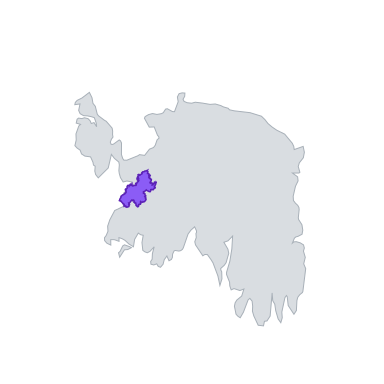 Ballymote-Tobercurry Lea-7, Sligo, Ireland shown in context, rotated 293°
{"feature_id": "5873133B63806445794843", "entity_name": "Ballymote-Tobercurry Lea-7", "entity_type": "district", "adm_level": 2, "iso_a3": "IRL", "parent_name": "Ireland", "parent_adm1": "Sligo", "projection": "albers", "projection_center": [-8.685, 54.105], "detail": "fine", "context": "in_parent", "style": "filled", "palette": "violet", "viewbox_px": 384, "rotation_deg": 293, "n_neighbors": 0, "source": "geoboundaries", "source_scale": "gbopen_adm2", "svg_char_len": 9079}
<svg xmlns="http://www.w3.org/2000/svg" viewBox="0 0 384 384"><g transform="rotate(293 192 192)"><path d="M233.1,69.5L226.6,74.4L225.6,76.2L223.8,83.4L223.6,85.4L219.6,93.5L217.2,95.1L213.7,96.5L211.7,97.8L209.2,97.2L206.0,97.3L204.4,98.8L204.5,99.9L205.5,101.1L211.5,104.7L211.1,106.3L209.5,108.0L198.9,112.4L195.8,115.1L194.7,116.8L195.8,119.6L204.4,128.2L205.9,129.1L207.2,134.1L214.8,136.1L217.9,139.2L220.6,139.9L226.4,139.5L228.7,140.6L230.0,139.7L230.7,138.1L237.1,131.8L235.0,127.3L241.3,119.4L243.1,119.4L246.2,121.7L248.8,125.0L249.7,129.4L252.2,133.3L253.8,134.6L258.0,135.3L259.0,136.8L258.4,142.6L259.1,144.5L269.7,144.0L273.8,141.4L277.5,141.7L279.4,144.2L280.3,146.8L277.2,147.9L273.9,147.5L272.3,149.3L272.3,152.7L273.6,157.0L275.9,159.9L277.9,166.8L279.7,174.4L282.1,179.0L282.8,184.7L282.6,187.5L283.2,192.6L282.3,194.4L283.2,199.1L287.7,214.4L288.9,226.3L287.1,230.9L284.7,235.2L283.1,240.4L282.0,245.9L281.5,254.7L276.1,265.2L273.8,267.8L271.0,269.5L277.4,276.5L272.5,279.9L267.0,281.1L260.8,279.4L257.0,279.8L252.3,283.6L251.2,283.0L248.7,277.1L247.2,283.3L243.7,285.3L237.7,285.0L227.6,286.8L223.8,288.7L222.2,291.4L221.0,294.6L219.5,296.5L217.7,297.5L209.9,299.9L208.4,300.8L204.8,306.0L200.1,308.9L196.1,309.8L192.6,306.9L191.2,305.1L189.5,304.3L184.2,304.4L185.9,305.3L187.0,307.4L187.5,311.4L186.9,315.3L184.3,317.3L181.1,317.7L176.1,321.8L169.5,322.9L165.9,326.6L143.8,332.9L142.6,332.9L139.6,331.3L136.3,330.5L133.0,331.0L123.7,334.4L119.3,333.6L125.1,324.9L132.8,320.6L133.6,319.4L131.1,318.8L116.6,321.6L111.5,324.2L106.4,324.8L108.8,320.9L115.4,315.5L121.1,312.0L123.5,308.8L130.4,305.2L108.3,312.4L102.6,311.4L101.3,309.2L96.7,310.1L95.2,305.0L102.0,297.4L105.9,294.2L110.5,292.5L115.0,290.0L116.7,286.8L114.6,285.8L101.4,286.3L95.1,285.5L95.5,283.0L96.7,280.3L103.4,275.7L106.9,275.0L110.1,275.5L115.6,278.4L123.0,277.7L120.0,274.6L119.5,268.4L117.2,266.3L120.3,263.5L123.7,261.8L129.6,256.0L131.6,255.2L143.0,253.9L155.2,250.9L167.3,246.6L161.1,244.2L158.2,241.0L153.4,247.4L149.9,249.8L140.2,251.0L137.1,250.3L132.8,248.3L131.5,249.0L130.2,250.5L123.7,253.5L116.9,254.2L124.9,248.6L135.0,239.0L137.2,235.9L140.4,230.6L139.5,228.2L137.5,226.9L144.7,215.9L147.3,214.0L151.8,213.7L155.2,211.9L156.7,211.9L158.0,211.3L161.0,208.0L156.4,205.9L151.8,204.8L137.3,205.8L135.4,205.6L133.6,204.5L132.5,203.0L131.6,199.3L130.6,198.5L127.3,198.4L124.1,199.5L121.9,199.4L119.7,197.7L123.3,193.9L118.8,192.9L114.2,193.6L110.4,192.4L110.3,190.0L112.1,187.6L109.9,185.3L109.5,182.4L111.9,181.1L114.5,181.6L119.9,179.6L126.8,178.6L120.9,176.5L118.6,174.6L118.5,171.9L119.1,169.5L125.9,165.7L133.1,164.0L132.6,161.4L133.2,158.6L125.9,157.7L118.7,159.5L119.5,154.2L121.3,149.3L121.7,146.1L121.5,142.6L118.1,144.1L117.8,139.2L116.4,135.8L111.4,138.0L111.6,133.7L113.1,130.6L115.7,129.3L118.3,130.0L123.0,130.0L127.6,127.7L134.3,127.2L144.8,128.1L152.0,134.6L153.9,133.5L156.8,129.4L158.2,128.9L169.1,130.8L175.9,133.1L177.7,132.4L176.7,127.8L174.3,124.7L177.3,120.5L180.8,117.7L183.2,116.3L188.6,114.5L191.0,112.9L192.6,107.5L195.1,103.1L181.4,105.5L168.4,100.2L170.4,96.5L173.2,94.4L177.9,92.8L178.3,90.8L180.7,89.2L184.7,84.9L183.2,79.4L183.9,75.4L186.8,72.7L187.6,68.9L188.9,66.1L194.6,65.1L200.1,62.5L208.5,62.0L210.7,63.0L210.2,58.5L214.1,57.8L215.7,58.7L216.5,61.9L218.3,64.0L218.9,67.6L217.7,70.4L215.7,72.5L217.6,74.7L214.8,78.7L217.9,77.0L222.3,73.0L222.0,69.9L221.2,65.9L219.9,62.3L220.4,58.4L222.8,55.8L229.3,54.5L226.6,50.0L228.9,49.6L231.5,50.5L235.4,53.9L243.6,58.6L239.7,63.1L234.9,66.2L233.1,69.5ZM117.3,155.9L117.1,158.0L113.9,155.3L112.4,152.4L103.7,150.9L107.4,148.1L109.2,149.0L115.3,149.3L117.0,150.5L117.3,155.9Z" fill="#d9dde1" stroke="#a8b0b8" stroke-width="1"/><path d="M186.7,135.7L186.3,136.0L185.9,136.0L185.6,136.1L185.0,136.0L184.8,136.1L184.3,136.0L184.1,136.1L183.9,136.0L183.7,136.0L183.7,136.3L183.4,136.2L183.3,136.3L183.0,136.1L182.5,136.2L182.4,136.3L182.6,136.7L182.5,136.8L183.8,137.1L183.6,137.2L183.6,137.3L183.0,137.5L183.1,137.8L182.9,137.9L182.6,137.9L182.2,137.3L181.8,137.3L181.9,137.6L181.8,137.8L182.1,138.0L181.5,138.1L181.5,138.4L181.1,138.2L181.0,138.4L180.8,138.5L180.4,138.1L180.0,138.1L179.8,137.8L179.3,137.7L178.9,137.8L178.5,137.7L178.3,137.7L178.1,137.5L178.5,137.3L178.3,137.3L178.2,137.0L177.9,136.8L177.7,136.9L177.7,137.0L177.6,137.3L177.3,137.5L177.2,137.7L176.9,137.7L176.8,137.9L176.6,137.8L176.2,137.9L176.0,137.6L176.1,137.1L175.6,136.6L175.4,135.8L174.9,135.8L174.5,135.2L174.3,134.8L174.4,134.4L174.6,134.3L174.6,134.2L174.7,134.3L174.8,134.3L175.0,134.0L175.3,134.0L175.8,133.7L175.2,133.7L175.1,133.2L175.1,133.3L175.1,133.2L174.9,133.1L174.7,133.0L174.8,132.9L174.7,132.8L174.1,132.6L174.2,132.3L173.9,132.4L173.8,132.6L173.8,132.2L174.2,132.1L173.6,131.9L173.4,131.9L173.4,131.7L173.2,131.7L173.5,131.5L173.5,131.4L173.7,131.6L173.9,131.7L174.1,132.0L174.1,131.9L173.6,131.5L173.4,131.2L173.2,130.8L173.2,130.6L173.1,130.4L172.8,130.2L171.6,130.1L171.2,130.3L171.0,130.5L170.6,130.5L170.0,130.8L169.3,130.5L168.7,130.4L168.8,129.7L168.4,129.6L167.9,129.8L167.6,130.1L167.4,130.4L167.4,130.6L167.2,130.6L167.3,130.6L167.1,130.7L167.1,130.9L166.6,131.2L166.2,131.1L166.1,131.4L165.7,131.5L164.9,131.2L164.5,130.9L164.4,130.5L164.0,130.8L163.7,130.4L163.4,130.4L163.1,130.2L162.8,130.1L162.3,129.3L161.1,128.7L160.9,128.7L160.5,128.4L160.3,128.7L160.0,128.6L160.0,128.8L160.0,128.7L159.9,128.5L159.4,128.7L158.7,128.5L158.3,128.7L157.2,128.3L156.6,128.5L156.1,128.5L155.9,128.5L156.1,129.0L155.9,129.4L155.7,129.5L155.9,129.7L156.0,130.0L155.5,130.5L155.5,130.9L155.0,131.7L154.6,132.8L154.4,132.9L154.3,133.2L154.3,133.4L154.1,133.5L154.1,133.9L154.2,134.3L153.7,134.6L152.6,134.8L152.4,135.0L153.4,135.3L153.5,135.1L153.3,135.5L153.1,135.4L152.8,135.7L152.9,136.0L152.8,136.4L152.9,136.7L152.5,136.7L152.4,137.0L152.6,137.4L152.5,137.5L152.5,138.0L152.9,138.3L153.0,138.6L153.8,139.1L153.7,139.4L153.9,139.6L154.4,139.5L154.6,139.3L155.4,139.4L155.8,139.6L155.7,139.5L155.8,139.5L155.8,139.0L156.0,138.9L155.9,138.7L156.0,138.5L156.5,138.5L156.7,138.8L156.9,138.8L157.0,138.7L156.9,138.5L157.2,138.1L157.4,138.5L158.3,139.0L159.7,139.2L160.2,139.4L160.9,139.6L160.8,139.9L160.5,139.9L160.6,140.3L161.0,140.4L160.9,140.6L161.5,140.8L161.7,141.2L161.8,141.4L161.5,141.9L161.0,142.3L160.2,142.3L159.9,142.5L160.0,142.9L160.2,143.2L160.1,143.5L159.5,143.7L159.6,144.1L159.7,144.7L159.4,144.7L158.9,145.0L158.5,145.5L158.3,145.6L158.1,145.8L157.9,145.7L157.8,145.9L157.8,146.1L157.6,146.2L157.5,146.4L157.5,146.9L157.4,147.0L157.6,147.2L157.5,147.5L157.6,147.8L157.3,148.0L157.7,148.3L158.1,148.1L158.4,148.3L158.9,148.1L159.2,148.2L159.5,148.0L159.5,147.9L159.4,147.8L159.6,147.7L159.7,147.8L159.7,148.1L159.9,148.3L160.5,148.8L160.6,149.3L161.4,149.4L162.1,149.0L162.0,148.8L162.5,148.6L162.7,148.4L163.2,148.4L162.9,149.5L163.3,150.2L163.3,150.6L163.5,150.8L164.0,150.8L164.1,151.5L164.5,152.0L164.8,152.1L166.3,152.6L166.7,152.5L167.2,152.6L167.5,152.5L167.5,152.0L167.6,151.9L168.7,151.7L168.8,151.6L168.7,151.3L168.9,151.3L169.4,150.4L170.0,151.0L170.5,150.9L170.7,150.7L170.8,150.3L170.8,150.0L171.0,149.7L171.4,149.6L171.8,149.2L171.9,149.3L172.0,149.3L172.1,148.7L171.8,147.9L172.6,147.7L172.7,147.4L173.3,147.2L173.4,147.3L173.3,147.6L174.0,148.2L174.3,148.3L174.6,148.5L175.1,148.5L175.4,148.8L176.1,149.1L175.8,149.6L175.8,150.3L175.7,150.6L175.7,150.9L175.8,151.5L175.7,151.8L175.6,152.5L175.8,152.6L176.0,153.4L176.5,153.4L176.7,153.5L177.5,153.5L177.8,153.3L178.1,153.1L178.4,153.5L178.5,153.9L178.7,154.1L178.8,154.4L178.7,154.9L178.9,155.4L179.3,155.5L179.6,155.4L180.2,155.8L180.7,155.8L181.0,156.4L181.8,156.4L181.9,156.2L181.8,155.9L181.9,155.5L182.3,155.4L182.5,155.2L182.6,155.4L184.4,155.5L184.7,155.3L185.1,155.5L185.5,155.3L186.7,155.4L186.9,155.3L186.8,155.1L186.7,155.0L186.8,154.9L186.6,154.9L186.6,154.7L186.4,154.3L186.1,154.2L186.3,153.6L185.7,153.6L185.7,153.8L185.0,153.7L184.9,153.5L183.7,153.2L183.8,152.9L183.0,152.8L182.9,152.6L183.2,152.6L183.5,152.4L184.0,152.6L184.3,152.6L184.4,152.3L184.7,152.1L184.5,151.6L184.4,151.6L184.5,151.4L184.6,151.1L184.5,150.8L183.9,150.3L184.0,149.9L184.3,150.1L184.7,150.1L185.0,150.0L185.0,149.9L185.0,149.7L185.4,149.7L186.3,150.1L187.6,149.7L187.5,149.4L187.8,149.2L188.0,148.8L187.7,148.6L187.8,148.3L188.1,148.0L187.9,147.7L188.1,147.2L188.5,146.7L188.7,146.9L188.8,147.2L189.1,147.2L189.1,146.9L189.3,146.9L189.3,146.6L189.4,146.4L189.7,146.3L189.8,146.1L190.2,146.3L190.4,146.7L190.5,147.0L190.9,147.1L191.1,146.8L190.8,146.4L191.0,146.2L190.8,145.7L191.7,145.5L191.9,145.0L191.7,144.3L191.8,144.2L191.7,143.8L192.1,143.7L192.3,143.8L192.8,143.6L193.4,143.6L193.9,142.5L194.5,142.5L194.1,142.2L193.9,141.8L193.7,141.8L193.5,141.7L193.3,141.3L193.3,141.1L193.1,140.9L192.7,140.2L192.3,140.2L191.8,139.7L191.7,139.4L191.6,139.2L191.3,138.7L190.8,138.6L190.3,138.3L190.2,138.5L189.9,138.5L189.9,138.8L189.0,138.8L188.0,137.8L187.6,137.8L187.4,137.6L187.3,137.3L187.2,137.2L187.0,137.3L186.9,137.2L187.3,136.8L187.5,136.2L187.4,136.1L186.8,136.0L186.7,135.7Z" fill="#8b5cf6" stroke="#5b21b6" stroke-width="1.5"/></g></svg>